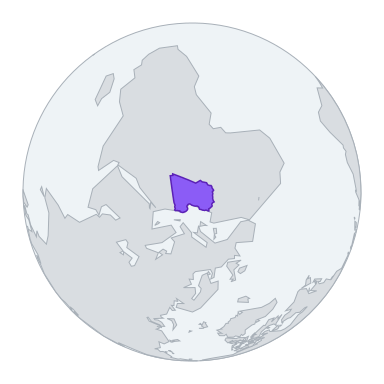 the Earth from above Libya, rotated 175°
{"feature_id": "LBY", "entity_name": "Libya", "entity_type": "country or territory", "adm_level": 0, "iso_a3": "LBY", "parent_name": "Africa", "parent_adm1": "", "projection": "orthographic", "projection_center": [17.634, 26.339], "detail": "fine", "context": "on_globe", "style": "filled", "palette": "violet", "viewbox_px": 384, "rotation_deg": 175, "n_neighbors": 0, "source": "natural_earth", "source_scale": "50m", "svg_char_len": 12056}
<svg xmlns="http://www.w3.org/2000/svg" viewBox="0 0 384 384"><g transform="rotate(175 192 192)"><circle cx="192" cy="192" r="169" fill="#eef3f6" stroke="#a8b0b8"/><path d="M190.4,23.0L189.9,23.1L190.0,23.1L195.3,23.1L199.0,23.3L191.2,23.2L196.8,23.7L186.6,24.7L165.5,26.4L160.3,28.6L139.8,35.1L142.1,35.0L135.8,38.1L136.2,39.3L132.3,40.7L136.0,40.6L139.5,39.2L142.3,38.8L142.8,39.6L137.9,41.2L136.9,41.1L135.8,42.0L133.1,42.6L134.7,42.7L128.7,44.9L135.4,44.0L131.3,46.8L127.1,47.9L126.6,46.2L115.7,46.1L111.4,47.6L105.7,51.0L96.9,60.4L92.4,63.0L87.1,67.8L89.9,66.8L95.1,62.8L99.1,62.7L105.0,58.3L107.5,57.8L113.9,54.4L113.9,56.9L110.3,61.2L105.0,64.3L103.3,66.5L109.1,65.5L99.9,73.6L95.2,83.5L92.7,85.6L86.4,85.8L84.5,80.6L76.4,82.7L82.6,83.5L76.2,89.8L75.6,91.9L76.5,93.1L79.2,91.7L77.3,94.6L70.4,94.3L72.1,91.7L74.3,91.7L73.3,89.5L68.7,90.2L65.8,93.7L61.8,92.5L59.7,95.2L57.7,96.7L61.3,92.4L54.8,100.4L49.6,103.0L40.6,118.1L48.4,103.7L50.6,99.7L52.2,97.2L59.6,87.0L67.7,77.5L76.6,68.6L86.0,60.4L96.1,52.9L106.7,46.2L117.7,40.2L129.2,35.1L141.0,30.9L153.1,27.6L165.4,25.1L177.9,23.6L190.4,23.0ZM25.5,163.3L26.4,159.6L27.0,160.2L25.2,169.0L27.0,163.2L26.3,169.6L28.8,177.3L28.1,178.6L29.9,195.8L34.7,207.8L35.9,216.0L35.0,219.1L37.3,222.8L37.4,225.5L49.5,239.7L57.9,251.5L59.1,260.5L55.1,266.7L58.3,284.8L52.8,284.2L56.0,290.9L59.2,296.5L51.7,286.1L44.9,275.1L39.0,263.7L34.0,251.9L29.9,239.7L26.7,227.2L24.5,214.5L23.3,201.7L23.1,188.9L23.8,176.0L25.5,163.3ZM38.8,120.8L38.2,122.7L33.6,137.3L33.8,133.9L34.2,133.4L35.9,128.6L38.2,122.4L38.7,121.0L38.8,120.8ZM41.6,117.9L42.2,116.0L41.9,117.2L41.6,117.9ZM113.5,53.4L113.7,53.9L112.4,54.2L113.5,53.4ZM116.1,51.6L114.5,51.6L115.5,50.8L116.5,50.7L116.1,51.6ZM203.0,23.4L204.1,23.5L201.7,23.3L203.0,23.4ZM117.9,51.8L117.4,49.3L119.2,47.9L124.5,46.8L117.9,51.8ZM204.9,23.6L211.2,24.4L213.6,24.6L210.4,25.0L206.1,23.9L201.0,23.4L204.4,23.6L204.9,23.6ZM140.4,38.5L136.7,40.0L139.2,38.1L140.4,38.5ZM141.3,37.4L145.3,33.1L151.0,31.6L148.5,33.2L155.6,31.0L156.4,32.3L152.8,33.8L148.9,34.5L152.2,34.6L141.3,37.4ZM207.5,25.4L208.1,25.7L206.2,25.4L207.5,25.4ZM143.6,38.5L143.9,37.7L148.9,36.2L149.2,37.8L147.5,37.7L143.6,38.5ZM157.0,29.9L160.8,29.3L162.5,30.2L164.2,30.1L156.9,32.3L157.0,29.9ZM146.6,38.4L149.2,38.6L147.4,40.1L143.6,39.3L146.6,38.4ZM150.0,35.3L152.4,34.7L151.2,35.5L150.0,35.3ZM142.2,45.8L142.5,44.5L145.1,43.6L142.2,45.8ZM150.3,38.6L150.9,38.1L152.0,37.7L153.3,38.2L150.3,38.6ZM158.7,32.8L158.6,33.4L161.7,32.0L163.1,32.8L158.0,34.2L160.8,33.9L161.3,34.2L156.6,35.1L158.7,32.8ZM157.8,37.5L151.8,39.9L150.8,42.4L148.4,43.3L150.5,39.1L157.8,37.5ZM157.5,36.0L157.2,37.0L154.4,37.3L152.9,36.8L157.5,36.0ZM165.9,33.0L165.1,31.3L166.2,31.1L165.9,33.0ZM158.1,38.1L159.5,37.5L158.3,38.2L158.1,38.1ZM164.1,34.4L163.7,33.8L165.0,33.6L164.1,34.4ZM162.8,37.0L160.8,37.7L159.8,37.3L162.8,37.0ZM163.8,35.8L165.7,35.6L160.5,36.7L163.4,35.5L163.8,35.8ZM165.4,34.3L166.1,34.0L165.4,34.6L165.4,34.3ZM167.9,38.4L161.6,40.0L159.3,38.9L165.7,37.5L167.9,38.4ZM221.4,25.6L224.6,26.2L225.2,26.3L236.0,28.9L239.5,29.9L242.3,30.7L254.1,34.8L253.6,34.7L234.6,28.7L242.6,30.9L241.6,30.8L244.9,31.9L250.5,33.8L250.6,33.7L263.6,40.3L278.5,48.4L275.6,45.8L278.0,46.8L292.5,56.2L314.1,75.5L317.5,78.9L322.4,84.6L323.9,86.5L319.6,81.4L319.1,81.2L316.1,78.0L319.9,83.4L315.8,79.1L320.8,85.8L323.5,88.3L321.7,84.8L327.8,93.1L331.3,96.7L336.4,104.4L346.2,123.4L349.1,132.9L350.2,135.9L349.0,134.9L350.9,143.0L356.3,154.7L357.4,159.4L358.9,172.6L358.3,169.2L354.9,166.5L357.0,178.5L359.6,183.5L360.6,193.0L359.8,192.8L358.4,184.7L357.2,183.5L355.6,173.3L350.9,160.9L349.9,166.9L348.2,161.1L341.6,152.7L339.1,161.1L336.4,183.6L339.1,199.1L336.8,208.2L326.5,190.7L320.9,176.9L317.8,180.4L306.7,171.6L289.3,178.1L286.3,174.9L283.2,178.0L275.3,176.2L270.5,170.6L265.9,172.4L278.7,187.0L283.5,185.2L286.7,177.1L289.4,182.8L296.9,185.9L290.6,203.9L263.9,224.7L260.4,213.3L235.6,184.0L235.8,180.1L235.7,179.7L235.3,179.0L234.0,185.5L229.4,179.5L243.6,200.9L246.4,210.5L263.5,225.5L262.1,227.7L267.4,230.3L283.2,221.6L283.4,225.5L276.5,245.5L253.9,273.8L256.4,288.2L254.0,300.6L238.9,310.7L239.2,319.0L231.2,323.0L230.1,327.6L223.1,333.0L211.9,338.1L193.8,339.0L193.5,335.3L185.6,327.6L175.1,306.9L180.5,296.7L179.2,288.5L166.1,269.0L169.0,258.0L165.3,253.2L157.7,253.9L153.3,248.0L148.7,247.5L119.2,247.9L109.8,238.8L97.7,212.7L102.7,204.2L103.0,192.8L137.2,159.3L145.2,162.4L173.0,159.1L176.6,160.6L174.2,169.6L195.7,180.4L201.7,172.7L220.4,177.4L232.3,175.8L235.1,158.6L215.6,160.8L211.4,153.0L226.3,144.2L243.3,142.9L242.2,139.9L230.8,134.4L234.0,128.1L226.8,132.0L230.2,134.8L225.8,137.6L222.4,135.3L223.6,133.0L218.4,132.2L213.7,143.9L216.7,148.0L203.2,151.1L206.9,158.5L203.5,162.2L196.0,151.4L196.2,147.2L182.8,135.7L181.3,140.3L193.9,151.6L190.3,150.8L188.4,157.9L187.0,151.9L173.6,139.1L161.0,141.6L146.1,158.1L138.5,159.0L131.6,154.8L135.9,137.5L152.4,137.7L154.1,132.3L149.8,124.1L155.2,125.1L155.5,122.0L161.6,121.9L169.3,114.8L175.4,114.2L177.5,105.0L180.9,103.7L178.7,109.3L180.4,113.2L195.5,112.4L198.1,110.4L198.3,104.7L202.4,105.5L200.6,100.2L208.8,97.5L197.3,96.5L197.2,90.6L201.6,85.9L199.5,84.0L192.3,91.7L191.3,95.1L193.7,98.1L189.1,108.1L184.1,109.9L181.1,99.3L173.7,101.0L174.6,92.7L193.6,75.7L202.0,72.4L217.8,78.5L216.3,82.2L210.0,81.6L216.7,87.2L215.8,84.3L219.2,85.2L219.9,80.4L222.4,80.9L218.9,75.7L222.0,75.7L224.2,79.0L227.9,72.6L234.1,71.9L233.7,70.3L231.6,68.8L240.9,69.2L240.2,68.0L237.0,67.4L233.5,64.8L231.0,60.5L234.3,60.9L235.7,62.5L243.6,66.6L246.7,71.2L247.8,70.9L245.9,67.1L236.3,62.0L233.8,59.4L238.7,61.3L236.7,60.4L236.5,59.2L239.5,58.5L234.3,56.3L227.9,45.0L233.0,43.1L238.0,45.7L237.1,39.7L242.9,39.1L239.9,38.4L237.4,35.7L235.5,35.8L233.9,35.3L226.6,29.8L227.5,29.1L220.9,26.9L219.3,26.7L218.3,26.9L210.4,25.0L213.6,24.6L217.0,25.0L216.8,24.9L221.4,25.6ZM126.4,177.8L125.7,181.2L126.4,177.8ZM262.1,150.3L271.7,148.6L265.8,139.2L269.0,137.9L265.8,135.4L265.3,138.5L257.4,131.4L260.9,127.5L258.9,123.3L255.6,123.7L250.4,132.3L261.8,142.3L260.2,147.0L262.1,150.3ZM28.9,177.4L29.0,180.0L28.4,178.8L28.9,177.4ZM32.6,136.8L32.2,138.6L31.6,140.7L31.6,139.9L32.6,136.8ZM32.5,150.4L32.6,153.0L31.9,151.8L32.5,150.4ZM33.2,139.4L32.3,148.7L31.0,147.4L31.7,141.8L31.9,143.6L33.2,139.4ZM39.2,121.8L38.7,123.4L38.0,124.6L39.2,121.8ZM41.4,118.8L41.4,118.6L42.2,116.9L41.4,118.8ZM76.7,89.8L77.1,89.9L77.5,91.6L76.2,91.7L76.7,89.8ZM85.9,94.4L82.5,98.9L84.0,95.6L81.5,96.4L81.6,90.9L91.4,86.5L87.0,89.3L85.9,94.4ZM84.4,83.0L83.3,86.5L84.1,82.8L84.4,83.0ZM150.9,106.5L153.2,108.6L151.3,112.0L143.6,114.0L146.3,108.9L150.9,106.5ZM157.1,110.8L156.2,100.5L161.0,99.2L158.5,101.6L161.7,101.8L158.5,105.7L163.9,115.1L162.5,118.9L149.0,119.8L154.2,117.2L151.5,115.2L157.1,110.8ZM145.7,80.5L145.4,77.1L156.1,78.5L155.1,81.6L147.4,83.5L143.9,81.0L145.7,80.5ZM127.3,50.7L126.5,50.2L127.8,49.6L129.6,49.6L127.3,50.7ZM142.1,45.3L132.2,53.0L130.8,52.6L126.7,58.1L121.4,59.4L124.2,55.7L117.0,61.1L117.4,58.3L113.0,62.2L119.8,53.7L119.9,51.8L121.8,53.4L126.8,52.2L128.9,51.1L135.1,46.6L137.6,42.3L142.9,40.8L146.0,40.9L146.2,41.7L142.7,42.3L145.4,43.0L140.5,44.6L142.1,45.3ZM178.7,49.2L174.6,48.6L179.3,52.2L174.4,52.9L175.2,53.3L172.0,55.1L169.6,58.1L167.2,58.1L167.3,59.3L165.2,60.7L164.5,62.4L160.0,63.2L158.8,65.4L157.4,64.5L156.5,68.3L155.2,65.9L152.3,67.8L155.1,69.1L132.8,71.0L124.5,74.4L118.3,78.8L116.9,74.7L121.8,68.1L129.8,61.6L138.0,59.2L135.9,58.0L139.2,56.6L139.5,58.1L141.0,55.0L143.8,54.3L151.0,49.9L151.4,46.3L154.0,44.7L155.2,45.8L157.0,43.6L161.1,44.8L163.1,43.8L169.1,44.2L170.3,47.3L172.4,46.0L177.1,46.5L178.7,49.2ZM169.5,38.6L172.1,41.6L170.7,43.6L160.8,42.1L158.4,42.8L152.0,42.4L154.2,39.6L155.9,39.9L157.9,39.6L156.4,40.6L159.2,39.6L161.5,40.1L164.3,39.6L164.4,40.6L169.5,38.6ZM180.3,157.3L183.0,157.6L187.1,157.1L186.0,161.8L180.3,157.3ZM171.0,148.6L173.4,148.0L173.9,153.9L171.0,153.7L171.0,148.6ZM174.3,143.0L173.5,147.5L172.2,145.0L174.3,143.0ZM180.9,108.7L183.4,107.9L183.8,109.2L182.6,111.3L180.9,108.7ZM191.7,61.7L189.5,60.6L190.1,59.9L188.2,56.4L191.7,55.8L194.2,57.7L191.7,61.7ZM232.0,162.0L228.8,165.6L226.9,164.3L228.4,163.3L232.0,162.0ZM206.5,164.2L212.5,165.9L206.1,165.4L206.5,164.2ZM195.1,60.4L193.9,59.0L196.4,59.6L195.1,60.4ZM194.1,55.2L197.0,55.6L191.9,55.3L194.1,55.2ZM279.2,336.6L278.9,336.9L276.9,338.0L279.2,336.6ZM280.4,292.5L267.4,315.0L260.1,316.8L259.7,311.5L265.2,298.5L273.9,292.9L278.5,286.1L280.4,292.5ZM360.1,209.4L359.8,207.5L356.3,193.5L357.6,191.3L360.6,196.7L360.5,199.4L360.7,202.1L360.1,209.4ZM339.7,200.3L342.9,207.6L341.3,210.4L339.7,200.3ZM351.9,140.2L352.2,142.7L351.4,140.6L350.5,136.1L351.9,140.2ZM223.0,56.3L221.9,61.6L223.4,65.6L227.8,68.1L221.0,67.2L218.8,60.9L223.0,56.3ZM227.0,46.2L223.1,44.5L225.0,44.1L226.2,44.4L227.0,46.2ZM224.5,46.0L219.2,46.3L217.2,44.7L221.7,44.7L224.5,46.0ZM207.2,52.6L206.6,54.1L204.6,53.5L207.2,52.6ZM284.3,50.5L275.7,45.5L272.6,43.9L278.7,47.0L284.3,50.5ZM209.7,25.8L208.2,25.7L208.8,25.5L209.7,25.8ZM232.9,35.5L230.7,34.8L231.5,34.3L232.9,35.5ZM225.2,32.7L225.8,33.7L223.8,32.5L225.2,32.7ZM227.6,36.0L225.4,34.0L229.5,36.2L227.6,36.0Z" fill="#d9dde1" stroke="#a8b0b8" stroke-width="1"/><path d="M171.4,179.9L171.7,179.8L172.1,179.6L172.4,179.5L172.5,179.4L172.8,178.9L173.0,178.7L173.3,178.4L173.4,178.1L173.4,177.9L173.4,177.6L173.2,177.0L173.1,176.4L173.3,176.1L173.6,175.7L174.1,175.6L174.3,175.4L174.4,175.2L174.5,175.1L174.7,174.9L174.9,174.8L175.0,174.6L175.5,174.4L175.9,174.2L176.4,173.9L176.8,173.8L176.9,173.6L176.9,173.4L176.7,173.1L176.7,172.7L176.7,172.3L176.8,172.1L176.9,171.6L177.3,171.7L177.6,171.8L178.8,172.5L179.1,172.6L179.9,172.8L180.9,172.5L181.2,172.5L181.9,172.8L182.1,172.8L182.6,172.9L183.4,173.1L183.6,173.2L184.0,173.6L185.9,174.1L186.1,174.4L186.3,174.8L186.3,175.4L186.4,175.8L186.6,176.3L186.9,176.7L187.2,177.0L187.5,177.2L188.2,177.5L189.0,177.6L189.9,177.6L191.3,178.0L192.5,178.5L192.8,178.7L193.4,178.9L194.6,180.0L195.3,180.3L195.8,180.4L196.2,180.3L197.0,180.0L197.3,179.7L198.0,178.8L198.3,178.3L198.4,178.0L198.3,177.6L198.2,177.3L198.0,177.0L197.8,176.6L197.7,175.8L197.8,175.3L198.0,175.0L198.2,174.6L198.8,174.0L199.4,173.5L200.5,172.9L201.1,172.9L201.4,172.9L201.9,172.4L202.1,172.4L202.4,172.5L203.3,172.4L203.6,172.5L204.1,172.8L204.7,172.9L205.1,173.1L205.5,173.2L205.7,173.7L205.6,173.9L205.6,174.1L206.1,174.4L207.4,174.5L207.6,174.6L208.0,174.8L209.1,174.9L209.6,174.8L210.1,174.9L210.3,175.0L210.5,175.1L210.7,175.6L210.8,175.8L210.7,175.9L210.6,176.1L210.3,176.5L210.1,176.8L210.2,177.2L210.2,177.6L210.4,178.0L210.5,178.4L210.5,178.7L210.5,179.0L210.4,179.4L210.0,180.0L210.0,180.3L210.3,181.0L210.3,181.3L210.5,182.0L210.7,182.5L210.8,183.0L210.9,183.7L210.9,184.4L211.0,185.1L211.0,185.7L211.1,186.4L211.1,187.0L211.1,187.7L211.2,188.4L211.2,189.0L211.3,189.7L211.3,190.4L211.3,191.0L211.4,191.7L211.4,192.3L211.4,193.0L211.5,193.7L211.5,194.3L211.6,195.0L211.6,195.6L211.6,196.3L211.7,197.0L211.7,197.6L211.7,198.3L211.8,198.9L211.8,199.6L211.8,200.3L211.9,200.9L211.9,201.6L211.9,202.2L212.0,202.9L212.0,203.6L212.0,204.2L212.1,205.7L212.2,207.2L212.2,208.6L212.3,210.1L211.6,210.1L210.9,210.2L210.2,210.2L209.6,210.2L209.6,210.6L209.6,211.0L209.6,211.3L209.6,211.7L208.3,211.1L206.9,210.4L205.6,209.8L204.2,209.1L202.9,208.5L201.6,207.8L200.2,207.2L198.9,206.5L197.6,205.8L196.3,205.2L194.9,204.5L193.6,203.8L192.3,203.1L191.0,202.4L189.7,201.7L188.4,201.0L187.5,200.5L186.6,201.0L185.8,201.3L184.8,201.8L183.6,202.4L182.7,202.8L181.8,202.0L181.1,201.3L180.8,201.1L179.4,200.8L178.1,200.4L176.7,200.0L176.5,199.4L176.2,198.9L175.9,198.1L175.6,197.7L174.5,197.2L173.4,196.8L172.7,196.9L172.4,196.8L172.3,196.6L172.2,196.3L171.9,196.0L171.7,195.2L171.8,194.6L171.7,194.4L171.2,193.5L170.7,192.7L170.4,192.1L170.3,191.9L170.4,191.6L170.6,191.3L171.1,191.1L171.6,190.8L171.6,190.5L171.7,189.9L171.6,189.7L171.5,189.3L171.4,188.8L171.4,188.4L171.6,187.8L171.9,187.1L171.8,186.4L171.8,184.8L172.0,183.6L171.9,183.2L171.8,182.5L171.6,181.9L171.6,181.6L171.4,181.2L171.0,180.6L170.8,180.2L171.1,180.0L171.4,179.9Z" fill="#8b5cf6" stroke="#5b21b6" stroke-width="1.5"/></g></svg>